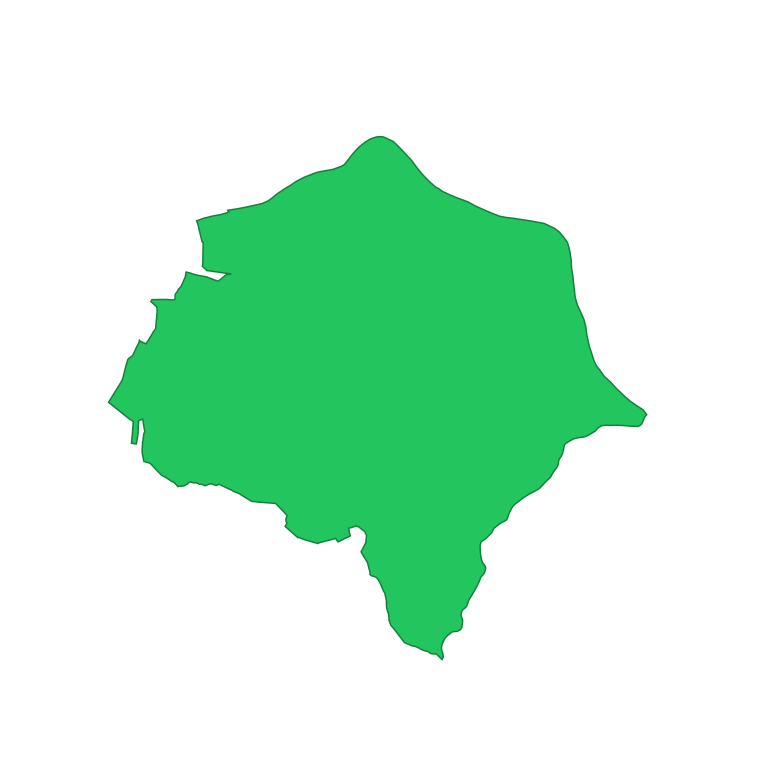 Krustpils pag., Krustpils, Latvia, rotated 139°
{"feature_id": "27541924B89257742122528", "entity_name": "Krustpils pag.", "entity_type": "district", "adm_level": 2, "iso_a3": "LVA", "parent_name": "Latvia", "parent_adm1": "Krustpils", "projection": "mercator", "projection_center": [25.858, 56.572], "detail": "fine", "context": "isolated", "style": "filled", "palette": "green", "viewbox_px": 768, "rotation_deg": 139, "n_neighbors": 0, "source": "geoboundaries", "source_scale": "gbopen_adm2", "svg_char_len": 6147}
<svg xmlns="http://www.w3.org/2000/svg" viewBox="0 0 768 768"><g transform="rotate(139 384 384)"><path d="M547.6,573.7L553.7,570.9L554.8,570.5L557.0,570.5L559.0,570.7L560.5,570.7L561.5,570.4L566.5,567.2L568.0,566.2L576.7,560.1L577.7,559.5L578.9,558.8L580.5,558.2L582.9,557.4L603.9,550.9L599.2,525.0L597.8,520.2L606.9,511.2L613.5,504.9L610.2,501.2L602.5,507.6L593.2,517.4L589.3,515.7L589.8,514.5L590.3,513.9L591.5,512.1L595.6,505.3L596.1,504.8L597.4,504.3L598.6,503.4L599.2,502.9L603.3,499.2L604.3,498.5L607.4,495.4L609.3,493.5L610.3,492.3L611.9,490.3L612.6,489.1L613.4,487.6L615.0,485.0L615.5,484.1L616.0,483.0L615.7,482.8L615.5,482.5L615.2,481.8L614.5,480.6L614.1,480.0L613.7,479.7L612.5,477.3L611.8,461.3L609.7,455.6L609.3,453.9L607.9,449.1L607.1,448.4L606.8,441.8L606.2,441.4L605.6,441.2L603.7,439.6L602.8,439.0L602.0,438.4L599.5,437.9L598.0,437.5L597.5,437.5L596.9,437.6L596.1,437.6L594.9,437.3L594.2,436.9L593.7,436.3L592.8,434.7L592.5,434.1L591.5,433.5L591.1,433.2L590.7,432.9L590.6,432.5L589.8,431.3L589.3,430.0L588.8,429.3L587.8,428.5L586.5,426.4L586.1,424.8L581.0,422.9L580.5,422.6L579.5,421.3L579.0,420.5L577.6,418.1L576.9,417.3L576.6,417.1L576.1,417.0L574.2,416.6L572.9,413.3L568.8,404.1L568.2,402.1L565.7,397.2L565.4,396.8L563.6,390.9L563.3,390.5L563.4,390.3L560.9,382.3L555.7,376.7L544.1,364.9L544.0,362.9L543.9,360.3L543.6,354.0L543.4,349.8L543.5,349.0L543.6,348.6L544.0,348.0L544.4,347.7L546.2,346.7L546.9,346.1L547.4,345.5L547.8,345.0L548.1,344.3L548.4,342.8L552.0,341.4L549.9,325.0L550.0,324.8L548.7,324.0L548.5,323.3L548.2,322.5L547.0,320.3L546.3,319.0L544.2,315.7L541.5,311.5L538.7,307.1L538.3,307.0L537.9,306.9L537.9,307.1L521.9,299.2L522.3,295.0L516.4,293.4L516.0,293.5L509.1,291.4L508.4,293.0L505.4,298.3L500.4,296.0L498.6,295.7L496.8,292.8L496.5,290.5L495.3,285.2L496.0,283.2L496.0,282.8L496.5,281.2L502.0,276.1L505.1,274.9L506.3,274.3L511.4,272.4L512.4,267.6L513.6,260.1L518.7,250.0L519.5,249.7L519.4,248.6L519.5,248.3L519.3,247.6L519.0,247.1L517.6,245.0L517.1,244.0L516.9,243.4L516.7,242.3L516.7,240.6L516.9,239.3L517.6,236.2L519.5,230.3L519.9,228.9L520.2,228.0L520.5,226.2L520.7,225.6L520.9,225.1L521.2,224.5L521.7,223.7L522.9,221.2L524.3,219.0L524.9,218.0L525.6,217.0L525.9,217.2L528.7,213.5L529.2,212.6L530.8,209.4L530.6,209.0L531.1,208.1L531.8,206.9L534.4,203.3L535.3,202.3L537.1,197.5L537.2,191.6L538.0,179.3L538.2,175.4L537.8,174.5L537.7,174.5L537.0,172.8L536.1,171.4L536.0,170.7L535.7,170.1L535.4,169.4L535.0,168.5L534.5,168.1L534.0,167.2L533.4,166.4L532.6,165.4L531.4,163.1L529.7,158.7L528.8,156.7L526.6,153.7L526.3,153.2L525.8,151.1L525.5,149.7L521.5,145.6L521.3,141.8L521.1,139.3L521.0,137.9L519.3,138.6L518.4,139.1L517.5,140.3L516.6,141.8L514.8,145.6L514.3,146.5L513.2,147.7L512.0,148.7L510.1,149.9L505.2,151.9L503.2,152.3L501.9,152.5L500.0,152.5L498.0,152.2L496.6,152.3L495.5,152.2L494.5,151.8L492.8,150.6L491.6,149.7L490.9,149.2L489.9,149.0L488.0,148.6L486.6,148.6L485.7,148.9L484.1,150.0L481.6,152.0L479.9,153.9L479.2,154.8L478.3,157.4L477.7,158.7L477.0,159.6L476.2,160.2L474.8,161.2L473.8,161.6L472.8,161.9L471.3,161.9L469.8,161.7L468.7,161.8L467.5,162.1L464.4,163.7L462.5,164.9L460.8,165.6L455.8,167.1L447.3,170.1L444.1,171.4L442.2,172.2L440.5,173.1L438.9,174.1L437.4,174.7L434.0,175.1L432.1,175.6L430.5,176.5L429.2,177.3L428.0,178.4L427.2,179.8L426.9,181.5L426.9,183.6L426.4,185.6L425.4,187.9L422.5,192.7L417.8,198.6L416.8,199.6L415.4,200.5L414.2,201.0L412.9,201.1L409.9,200.6L407.1,200.6L400.2,201.1L398.6,201.7L396.2,202.8L395.2,202.9L393.4,202.8L388.3,202.6L385.7,202.1L382.2,201.2L381.0,201.1L379.9,201.3L378.6,201.9L374.5,204.3L369.5,206.4L367.0,207.2L363.1,207.3L358.6,207.0L355.6,206.9L351.6,206.5L346.0,205.5L340.7,204.2L336.9,203.4L334.1,203.3L331.0,203.5L327.9,204.0L322.4,204.3L319.5,204.4L316.1,205.7L311.6,207.0L308.6,207.5L306.7,208.2L305.2,209.1L304.0,210.0L302.9,211.2L301.1,212.3L297.9,213.1L294.7,214.5L291.0,217.1L289.3,218.6L287.9,219.5L286.9,219.8L285.5,219.9L279.0,218.7L277.1,218.3L272.6,216.0L269.4,213.8L266.5,212.2L263.4,211.3L260.8,210.8L255.7,209.9L251.2,210.4L247.9,209.9L246.7,209.5L244.3,207.8L238.4,202.6L235.5,200.3L230.0,195.0L225.6,190.5L220.3,185.4L218.0,184.7L215.6,184.8L209.6,187.7L208.3,188.1L205.8,188.5L205.4,194.5L207.6,202.1L209.4,209.3L210.4,215.7L211.0,222.7L211.6,228.7L211.7,236.2L212.8,245.4L212.0,252.7L211.8,258.4L210.0,264.5L207.2,270.8L204.7,276.9L201.8,282.5L198.4,288.5L194.4,294.4L190.8,301.5L188.5,308.9L186.1,317.0L182.9,323.9L178.2,330.6L174.5,336.2L170.7,341.4L166.7,348.0L161.5,354.7L157.9,360.2L154.9,365.5L152.7,370.6L152.1,376.3L152.0,383.9L153.2,389.6L155.7,395.2L157.7,400.0L163.1,406.8L167.0,411.6L172.2,417.7L177.3,423.8L182.6,429.6L186.7,434.8L190.9,442.8L194.6,450.5L198.2,458.3L201.2,466.4L204.5,472.5L207.7,478.4L210.8,484.8L213.6,491.2L214.6,495.7L215.8,498.3L216.6,504.4L217.2,509.3L217.5,518.6L217.3,524.2L216.9,529.6L216.5,534.8L216.7,540.0L216.9,545.6L217.1,550.6L217.4,556.0L217.9,561.0L222.3,570.8L225.7,574.2L228.9,576.0L233.4,577.8L238.5,578.7L243.2,579.1L247.7,579.2L253.8,578.6L259.5,577.7L263.9,576.7L268.1,575.9L270.4,575.7L273.1,576.1L282.2,579.7L290.9,585.0L296.1,587.9L302.7,590.3L309.0,592.5L317.3,594.5L324.0,595.3L331.0,596.5L339.9,597.6L346.4,597.8L351.3,598.2L357.7,600.2L366.3,604.8L373.7,608.9L380.3,612.8L387.9,617.6L388.0,616.3L388.0,615.9L388.1,615.7L389.2,616.2L389.8,616.1L393.8,617.9L396.5,619.2L400.8,621.8L404.5,623.9L407.6,625.4L410.6,627.1L418.4,630.1L419.7,626.6L421.2,623.4L422.3,621.7L423.9,618.6L428.0,610.7L427.6,609.5L433.7,602.7L442.0,593.5L443.8,592.1L443.2,585.6L442.3,584.8L427.0,567.1L430.9,569.9L433.3,570.1L441.8,570.4L443.6,573.6L447.8,581.5L453.3,588.3L455.7,591.8L456.1,592.3L456.9,594.0L458.1,595.8L459.9,598.3L463.7,595.2L473.1,590.8L477.5,590.3L478.0,589.7L482.7,588.7L486.0,585.2L488.0,585.6L491.7,589.6L496.0,593.4L503.8,599.9L505.9,599.1L504.9,591.4L507.1,588.1L511.9,583.4L518.5,577.2L520.1,575.5L521.3,575.2L523.9,574.7L526.6,573.7L529.1,573.0L532.5,571.8L537.0,570.7L537.3,570.5L539.3,575.0L539.4,574.9L539.7,575.7L539.9,576.3L539.9,576.7L539.9,577.1L539.9,577.4L540.5,576.9L541.0,576.5L541.6,576.2L547.6,573.7Z" fill="#22c55e" stroke="#15803d" stroke-width="1.5"/></g></svg>